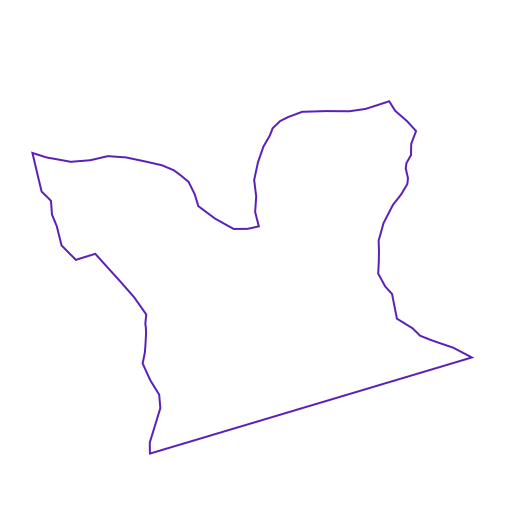 the district of Biltine, Wadi Fira, Chad, rotated 254°
{"feature_id": "50815135B98948114650625", "entity_name": "Biltine", "entity_type": "district", "adm_level": 2, "iso_a3": "TCD", "parent_name": "Chad", "parent_adm1": "Wadi Fira", "projection": "mercator", "projection_center": [20.967, 14.969], "detail": "fine", "context": "isolated", "style": "outline", "palette": "violet", "viewbox_px": 512, "rotation_deg": 254, "n_neighbors": 0, "source": "geoboundaries", "source_scale": "gbopen_adm2", "svg_char_len": 1390}
<svg xmlns="http://www.w3.org/2000/svg" viewBox="0 0 512 512"><g transform="rotate(254 256 256)"><path d="M99.0,435.5L99.2,435.3L113.5,420.3L116.7,415.7L123.5,405.9L128.0,399.7L134.1,391.8L143.3,386.6L156.9,374.2L182.0,376.3L191.1,371.8L205.4,368.6L216.4,372.4L227.3,375.7L236.9,378.1L252.4,387.6L267.4,401.7L275.1,412.4L283.5,421.3L288.8,423.5L298.9,424.1L302.6,425.7L303.8,426.2L304.0,426.4L310.3,432.8L317.7,435.1L321.0,436.1L323.3,437.8L332.0,444.3L343.9,438.4L357.2,429.8L368.0,426.7L367.2,401.7L369.4,385.6L376.0,363.3L381.9,340.1L380.7,325.2L379.1,316.5L374.2,307.2L368.2,302.7L359.0,293.2L345.5,283.7L329.6,275.2L313.2,272.6L298.5,267.3L283.7,266.9L284.4,255.5L288.1,242.1L294.3,235.8L303.4,226.8L319.8,214.3L332.4,214.1L345.9,211.6L354.5,205.7L361.1,200.6L369.2,190.5L377.5,175.4L386.6,158.2L392.8,141.2L393.2,134.4L393.4,129.3L393.8,122.8L397.6,103.9L403.8,91.4L408.4,81.9L416.7,69.5L393.6,68.4L377.0,67.7L370.7,71.3L365.6,74.1L362.5,73.5L352.0,71.3L339.5,72.7L319.7,72.0L317.2,73.4L301.9,81.8L302.0,83.1L302.2,92.3L302.4,102.1L284.8,110.7L279.3,113.4L271.4,117.3L252.2,126.4L249.6,127.6L230.0,134.4L221.6,131.0L221.3,130.9L221.0,130.9L217.7,130.4L212.3,129.1L203.2,126.0L195.8,123.3L194.0,122.6L191.0,121.1L184.0,117.4L165.8,120.1L149.4,124.7L136.1,122.1L106.0,102.5L95.5,99.6L95.3,99.6L95.5,116.0L98.0,345.2L99.0,435.5Z" fill="none" stroke="#5b21b6" stroke-width="2"/></g></svg>